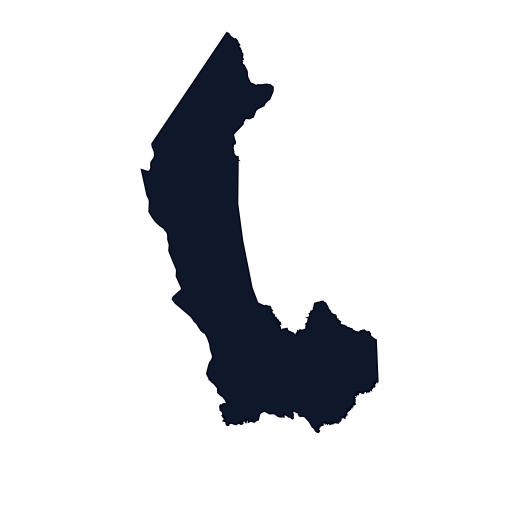 Kaputa, Northern, Zambia (Equal Earth projection), rotated 314°
{"feature_id": "96606910B91372429992286", "entity_name": "Kaputa", "entity_type": "district", "adm_level": 2, "iso_a3": "ZMB", "parent_name": "Zambia", "parent_adm1": "Northern", "projection": "equal_earth", "projection_center": [29.552, -8.814], "detail": "fine", "context": "isolated", "style": "filled", "palette": "ink", "viewbox_px": 512, "rotation_deg": 314, "n_neighbors": 0, "source": "geoboundaries", "source_scale": "gbopen_adm2", "svg_char_len": 6156}
<svg xmlns="http://www.w3.org/2000/svg" viewBox="0 0 512 512"><g transform="rotate(314 256 256)"><path d="M114.4,353.2L115.3,353.8L116.2,352.9L118.6,354.1L120.7,358.6L124.4,359.9L124.3,361.5L124.9,362.5L126.4,362.7L126.2,360.2L127.8,361.7L129.4,361.1L130.1,361.4L130.3,362.3L129.2,363.2L129.3,364.3L131.5,363.1L132.2,363.4L132.5,364.8L131.2,366.0L135.1,367.2L135.0,367.6L134.0,367.7L135.4,370.2L138.7,370.5L138.1,370.7L139.6,371.4L144.7,368.4L147.1,368.4L150.5,369.8L151.9,375.2L155.4,378.6L156.1,383.4L157.1,385.2L158.9,386.6L159.5,387.9L160.6,387.0L161.1,385.8L161.9,386.5L162.9,389.4L162.9,391.1L164.0,392.6L164.1,395.2L165.4,395.3L166.4,393.8L167.5,393.3L168.8,391.0L170.6,389.9L171.8,393.9L172.6,395.2L171.2,397.9L171.4,399.3L173.3,400.8L174.3,402.8L173.9,409.7L172.2,415.0L172.4,417.9L171.6,420.6L171.7,422.0L172.6,423.4L174.2,423.2L174.4,421.6L175.0,420.8L176.2,420.9L176.2,419.4L177.4,419.5L177.8,420.4L178.9,419.4L179.2,420.6L180.6,420.4L180.2,421.2L181.1,421.6L181.7,420.2L183.4,420.5L183.8,420.9L183.5,422.1L184.7,421.5L184.7,422.8L185.2,423.2L184.8,424.2L185.9,424.1L186.6,424.8L186.3,426.3L187.1,426.6L187.7,426.0L188.5,427.3L189.0,426.2L189.7,426.1L190.5,427.0L189.8,428.0L190.8,428.1L192.5,430.5L193.3,430.3L193.3,430.8L193.7,430.4L194.0,430.9L194.4,430.3L195.1,430.4L195.7,431.3L196.9,431.0L198.4,429.4L199.0,429.5L199.4,430.3L200.3,430.3L200.8,431.6L201.1,431.1L201.3,432.1L201.8,431.3L202.1,431.8L203.2,431.6L203.4,430.8L204.5,431.4L204.3,430.9L204.9,430.4L205.4,430.7L206.6,429.6L207.2,430.0L208.0,429.3L208.8,429.4L208.8,430.1L209.7,430.4L210.1,430.3L210.2,429.5L211.1,430.2L211.2,429.6L212.0,429.8L212.2,429.3L212.9,429.8L213.1,429.4L213.5,430.2L214.2,429.6L214.6,429.9L214.6,429.3L215.1,429.4L215.1,428.9L215.9,428.9L215.9,428.4L216.8,428.7L216.9,429.8L217.3,429.9L217.5,429.3L218.0,429.8L218.3,429.1L218.7,429.7L219.3,428.1L220.5,428.0L220.9,427.2L221.4,427.1L221.9,426.2L221.8,425.3L222.6,424.6L223.1,425.1L223.1,423.9L223.8,423.4L224.7,423.6L225.1,424.7L225.4,424.0L225.9,424.4L226.0,423.9L226.6,423.8L226.9,425.0L227.4,424.1L227.4,425.1L227.7,425.4L228.2,424.7L228.3,423.4L229.3,423.9L229.1,425.0L230.1,425.3L231.0,426.7L231.0,427.5L231.6,427.3L232.0,428.6L232.9,428.0L235.0,428.6L235.5,429.5L235.1,430.2L235.6,430.1L236.7,431.6L237.6,431.6L238.0,430.6L239.3,431.3L239.5,432.1L239.9,431.4L241.6,431.4L241.5,430.2L242.2,430.0L242.1,431.0L242.6,430.6L242.7,431.2L243.8,431.2L243.8,431.9L244.3,432.1L244.9,431.8L245.8,429.3L246.9,430.4L247.2,429.4L247.9,430.1L248.5,429.7L248.5,429.1L249.5,429.2L249.6,431.0L250.5,430.7L279.1,400.7L278.4,399.0L278.0,393.5L279.6,392.1L279.9,390.0L279.5,389.1L278.8,389.4L278.3,388.7L277.8,385.2L277.2,385.1L276.6,384.3L275.8,384.6L275.7,384.0L274.9,383.4L274.7,383.7L274.0,383.2L273.8,383.8L273.3,383.6L272.9,384.0L271.6,381.3L270.7,380.8L270.4,378.7L269.7,377.6L270.1,376.7L270.1,375.3L269.1,374.2L269.0,373.0L267.8,371.1L268.0,369.9L267.4,367.9L265.2,364.3L266.3,362.6L267.3,362.4L267.0,360.2L266.6,359.6L267.3,358.7L267.0,358.5L267.2,356.7L268.5,355.2L268.7,354.1L267.6,352.6L267.0,348.8L268.0,347.9L267.9,345.2L269.1,343.1L269.7,341.3L269.7,340.0L270.1,339.8L270.4,338.7L269.9,338.8L269.9,336.9L269.5,336.4L269.8,335.7L269.3,335.8L268.7,334.6L267.7,334.1L267.1,334.6L265.9,332.9L262.6,331.2L260.6,332.4L260.1,333.4L259.0,333.3L257.3,334.7L256.3,334.6L256.2,335.1L254.7,334.0L253.6,334.2L253.4,334.8L252.0,334.9L251.5,334.5L250.3,336.6L249.6,336.4L248.8,337.0L247.6,336.1L247.8,336.6L247.5,337.6L246.0,337.9L245.8,338.4L245.8,339.9L244.4,338.9L243.5,339.4L241.7,339.1L241.9,340.8L240.4,340.7L238.1,342.7L234.0,340.6L233.5,339.0L231.4,339.3L231.1,338.2L230.6,338.9L229.6,338.6L229.2,339.5L228.1,339.0L227.8,339.5L226.1,339.9L226.3,335.9L225.5,335.4L225.6,334.3L224.4,331.3L224.6,329.8L225.4,328.7L222.0,326.3L221.2,326.6L221.2,326.2L220.2,326.2L220.0,325.3L221.1,323.5L221.0,323.1L221.7,322.7L221.5,321.4L222.1,320.4L222.3,320.8L223.8,320.3L224.0,321.0L225.0,319.5L224.5,318.5L224.8,317.6L224.5,317.5L225.0,317.1L224.9,316.4L225.3,316.0L225.1,315.3L224.5,315.2L225.6,312.9L225.0,312.6L225.0,311.4L225.6,310.2L226.2,310.2L226.3,309.2L225.5,307.9L226.3,306.9L225.7,306.6L226.8,305.5L228.1,305.6L228.1,303.5L228.9,302.8L229.5,301.1L228.1,299.5L227.3,297.5L225.9,297.1L223.3,289.9L230.1,275.4L257.7,235.6L280.7,206.5L312.5,176.4L312.7,176.7L312.7,176.2L314.8,174.3L313.6,172.3L313.9,169.7L314.6,168.2L315.7,167.3L317.9,163.9L318.8,163.7L320.3,162.0L322.2,163.0L323.6,162.1L324.9,159.3L327.7,155.1L342.1,155.0L343.1,153.9L347.8,152.7L350.3,155.9L354.2,157.4L360.5,154.7L363.4,154.9L369.7,157.3L372.1,156.3L376.1,156.3L378.1,156.9L386.1,153.8L389.3,151.0L389.0,147.2L386.5,144.0L382.7,141.0L380.1,138.2L378.9,138.0L378.4,137.1L377.7,134.2L376.8,132.9L376.7,131.0L379.0,125.3L382.7,121.2L384.9,114.8L384.4,113.2L385.0,112.4L384.9,111.5L386.6,111.1L386.4,110.1L387.4,109.5L388.7,110.0L389.4,107.7L390.4,107.5L392.0,106.2L392.9,102.4L393.6,102.5L393.6,100.3L394.5,100.4L394.2,98.5L395.6,97.3L396.4,97.6L396.7,97.0L396.3,95.4L397.3,94.3L397.9,92.6L397.9,90.3L396.6,89.5L396.6,86.9L396.2,85.8L396.5,84.0L396.2,83.5L397.0,82.2L396.4,79.9L264.6,103.2L263.1,104.7L260.3,110.8L257.6,113.6L255.5,114.6L250.9,115.3L249.3,116.3L246.4,119.3L244.5,120.2L242.4,120.1L241.5,119.5L238.6,113.6L223.9,135.7L222.9,139.0L221.5,141.3L213.6,148.3L211.7,155.6L211.0,160.0L211.2,165.7L211.9,170.1L211.1,176.1L209.8,178.1L206.6,181.3L203.8,186.1L199.7,189.3L198.7,190.9L190.9,208.7L186.1,212.8L181.3,224.8L180.0,225.7L168.8,225.0L166.8,226.0L166.1,230.5L167.3,250.4L167.0,253.7L166.1,257.0L166.3,259.8L164.3,268.2L164.5,271.3L165.2,273.0L163.7,277.7L160.5,284.1L157.4,288.0L153.9,294.5L150.8,296.4L149.9,296.2L148.6,297.0L147.7,296.6L145.4,297.6L137.1,302.3L135.1,307.9L134.6,308.2L135.0,309.2L134.7,311.7L135.1,314.1L134.4,320.2L131.3,323.4L131.3,327.5L131.8,330.1L131.3,332.6L131.5,333.7L130.6,334.8L130.8,335.6L130.4,336.8L129.7,337.2L126.4,335.0L124.9,335.3L124.2,334.0L122.8,334.4L120.2,337.5L120.6,339.1L120.2,341.6L119.5,341.8L119.1,342.9L118.7,342.6L118.3,343.2L117.7,342.7L117.1,344.9L118.1,345.3L118.0,346.5L114.6,347.0L116.0,349.1L114.1,351.9L114.4,353.2Z" fill="#0f172a" stroke="#020617" stroke-width="1.5"/></g></svg>